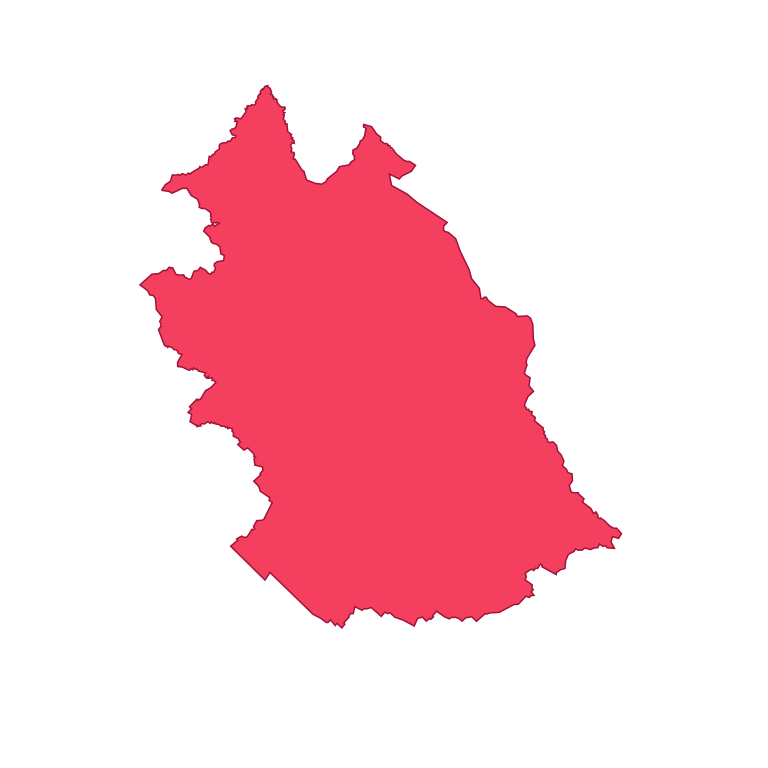 outline of Ban Khai, Rayong, Thailand, rotated 289°
{"feature_id": "78962969B77323566799689", "entity_name": "Ban Khai", "entity_type": "district", "adm_level": 2, "iso_a3": "THA", "parent_name": "Thailand", "parent_adm1": "Rayong", "projection": "natural_earth1", "projection_center": [101.382, 12.833], "detail": "fine", "context": "isolated", "style": "filled", "palette": "rose", "viewbox_px": 768, "rotation_deg": 289, "n_neighbors": 0, "source": "geoboundaries", "source_scale": "gbopen_adm2", "svg_char_len": 6171}
<svg xmlns="http://www.w3.org/2000/svg" viewBox="0 0 768 768"><g transform="rotate(289 384 384)"><path d="M609.7,314.8L609.8,313.0L611.1,312.1L610.7,310.0L611.8,310.0L612.2,307.8L611.4,306.1L613.0,301.5L616.4,300.5L617.9,295.8L623.3,288.5L622.8,280.2L620.4,280.9L620.0,283.7L612.1,284.9L607.4,283.9L606.1,282.4L603.2,282.8L598.0,281.4L595.2,278.5L591.4,279.5L589.8,281.8L586.4,283.0L582.9,280.3L580.0,279.9L575.0,271.1L569.3,269.9L559.9,263.8L556.3,263.1L552.7,260.1L551.3,253.8L551.7,244.3L559.0,239.1L559.6,236.7L567.7,226.9L567.2,224.8L572.6,224.4L573.5,223.5L573.4,220.5L576.6,220.2L579.2,217.9L582.1,218.7L582.3,220.8L584.8,219.6L585.8,217.0L587.0,217.6L587.2,216.1L588.9,214.9L589.7,215.4L591.3,210.8L598.5,207.5L597.7,205.8L600.2,205.2L601.5,202.7L606.1,202.1L606.4,200.9L608.2,201.7L607.9,200.6L609.8,199.4L611.3,201.0L613.2,200.5L613.5,199.3L612.4,198.4L613.2,194.5L616.2,190.6L617.8,190.4L618.6,188.7L617.7,187.8L617.8,186.5L619.5,186.4L619.3,185.1L621.0,184.7L621.2,182.2L623.1,182.8L626.5,180.1L627.2,177.2L628.3,176.9L626.4,174.3L623.1,174.0L623.4,172.9L620.6,171.8L617.6,172.8L617.4,171.8L614.8,171.1L613.2,171.9L609.1,170.6L607.3,171.6L605.0,169.9L605.1,168.0L602.9,166.6L602.9,164.8L601.9,164.0L600.5,165.1L600.0,164.2L599.1,164.5L598.9,163.2L596.6,165.0L588.1,162.3L587.6,157.6L586.0,156.4L585.3,157.5L583.8,157.4L584.3,159.8L579.1,160.4L576.1,159.0L575.8,157.4L573.4,156.0L570.2,159.4L570.5,163.1L568.4,163.0L567.4,160.5L563.4,159.5L562.8,157.3L560.7,156.3L559.6,153.1L557.6,150.9L555.4,150.6L552.9,151.9L548.4,148.8L546.5,149.0L544.9,147.1L542.5,146.6L542.4,144.6L534.1,146.2L533.1,143.8L529.2,141.0L529.6,139.1L528.0,138.9L520.8,132.9L519.4,132.7L519.7,130.3L518.3,129.9L517.0,127.7L517.3,124.8L515.1,123.2L515.0,120.7L513.9,120.1L512.8,115.8L506.2,116.1L501.3,112.4L495.4,110.7L494.8,111.3L496.1,117.7L495.4,121.5L503.3,129.6L504.8,134.0L499.4,140.4L498.0,147.5L494.1,150.8L490.9,151.8L490.6,154.7L491.7,157.6L490.1,163.1L488.7,164.9L486.3,165.2L485.5,166.6L483.4,166.5L480.7,168.2L480.0,169.9L481.4,170.7L481.5,172.8L482.7,174.0L482.2,175.9L478.1,172.4L479.5,170.3L477.0,168.2L476.9,166.7L473.4,164.1L469.8,163.8L466.4,171.0L461.9,174.5L461.2,176.6L461.7,180.2L460.0,184.3L453.9,187.3L453.5,191.3L448.4,192.1L445.4,186.5L442.6,184.5L440.4,185.0L438.4,187.1L434.2,186.5L433.7,184.9L431.6,184.5L431.2,182.4L433.6,178.0L434.5,172.4L430.7,171.1L428.8,167.6L421.5,167.4L419.6,166.3L420.2,161.0L422.0,159.0L420.4,155.5L419.9,151.7L425.0,146.4L424.3,142.7L420.7,141.5L419.5,138.3L415.2,135.3L412.3,128.8L398.3,121.0L395.3,130.1L391.9,133.6L392.6,137.0L390.4,140.1L380.2,144.5L375.3,152.3L370.1,151.5L368.0,153.7L365.6,154.3L362.1,153.0L349.3,163.6L348.4,165.5L349.2,166.7L348.2,167.7L349.6,168.4L349.3,172.4L348.0,174.4L348.6,176.0L347.9,178.1L345.9,179.6L346.2,183.3L337.3,181.8L333.4,183.2L334.3,187.8L333.5,195.5L335.5,196.7L335.1,198.6L337.3,198.7L336.5,201.1L337.3,202.1L335.8,204.3L336.4,211.6L333.7,211.3L332.1,213.6L331.8,214.7L333.8,215.3L332.3,216.1L333.9,219.5L331.4,220.3L331.9,221.8L330.7,224.5L324.3,221.5L319.5,217.4L309.3,215.3L309.3,213.9L307.9,213.4L308.7,211.9L299.1,207.5L297.8,210.1L293.3,208.0L292.6,212.1L285.2,212.9L283.8,219.6L284.3,221.1L282.9,221.1L284.9,224.6L285.7,223.8L287.1,224.4L287.7,227.2L290.9,229.7L290.2,232.4L291.7,233.2L291.1,235.4L292.3,236.5L291.4,237.4L292.0,241.6L291.0,243.5L292.2,247.2L291.2,248.5L292.4,250.0L290.9,250.9L292.0,251.8L292.3,255.1L289.6,255.8L289.4,257.3L285.6,258.5L284.7,264.9L283.2,265.3L282.5,267.3L279.2,265.4L275.9,273.1L279.2,276.0L276.2,282.4L274.5,284.6L273.3,284.4L272.9,286.4L271.1,285.4L265.3,288.3L266.0,296.3L262.9,297.5L258.9,295.9L258.1,296.9L249.7,292.5L246.5,298.8L242.3,302.0L239.3,313.1L236.5,313.2L235.6,316.9L217.2,314.5L215.7,313.5L213.4,308.2L206.6,307.0L205.4,309.0L203.6,307.9L203.8,306.5L194.9,304.4L193.3,301.7L193.9,299.1L191.1,296.4L189.4,295.1L188.6,296.5L180.7,291.8L159.9,335.3L168.7,337.5L143.1,392.0L141.9,400.5L139.7,407.1L140.2,408.6L143.6,410.2L139.7,416.5L142.4,417.4L139.7,423.6L144.2,425.2L145.0,423.7L152.0,426.8L153.8,426.4L156.2,427.4L156.8,429.7L164.0,428.9L162.9,436.8L165.4,438.8L165.5,440.4L168.5,444.8L163.3,457.1L168.4,459.0L168.1,462.1L169.7,464.2L167.0,470.3L167.0,479.1L165.0,491.4L173.3,492.0L176.1,496.3L173.5,501.1L177.1,503.4L176.7,504.9L179.9,506.6L180.5,505.3L186.2,507.7L183.5,517.6L183.2,522.3L185.1,523.4L186.7,527.7L186.6,531.3L185.2,535.1L189.3,537.1L192.5,542.8L189.7,548.7L199.9,554.5L199.9,556.0L202.1,558.8L205.6,567.3L217.8,578.7L219.4,582.7L229.4,587.2L229.6,591.0L231.6,592.0L233.1,594.6L235.4,590.9L238.1,592.1L239.2,590.2L242.3,589.6L244.8,581.2L248.0,581.4L251.0,579.2L255.2,582.2L257.0,583.9L256.4,586.4L259.2,587.3L259.7,589.3L264.6,590.5L264.3,592.7L262.6,592.8L259.9,608.8L261.7,608.4L265.8,611.3L268.5,615.2L276.1,613.3L283.0,613.8L287.7,618.3L290.3,618.7L290.1,621.9L291.6,625.6L294.4,627.3L294.6,633.1L297.3,636.0L298.9,639.5L303.0,639.8L301.7,643.9L303.4,646.3L301.8,648.1L303.6,655.4L308.7,650.0L314.1,649.7L314.4,656.0L319.8,657.3L323.4,650.9L322.4,648.0L323.2,643.6L326.5,637.0L327.8,632.5L326.9,631.9L327.5,629.7L329.4,629.1L332.1,626.0L329.7,624.4L333.6,620.2L336.9,610.2L340.6,610.5L343.2,604.2L344.5,603.0L342.9,598.9L342.9,596.0L348.4,592.3L353.9,593.7L360.3,591.1L360.0,586.8L362.8,584.2L364.8,579.4L369.6,579.2L374.6,574.6L377.1,570.1L382.1,567.1L384.3,562.7L382.7,559.6L382.7,557.5L385.2,556.3L386.1,553.8L387.9,553.4L389.0,551.0L390.9,551.5L392.3,549.2L394.2,549.0L398.2,538.4L401.6,537.9L403.2,533.2L405.9,533.3L405.9,529.7L407.2,529.1L406.3,526.9L407.8,526.2L408.5,524.4L410.8,523.6L419.1,524.2L425.7,527.8L429.6,521.7L437.5,520.1L438.7,514.7L440.1,513.2L448.7,513.0L450.6,511.3L454.9,510.8L469.7,514.1L475.4,510.5L488.7,505.3L493.9,501.2L495.1,497.5L491.3,488.3L493.5,485.6L496.3,473.6L493.8,464.4L496.8,455.4L499.3,452.4L498.8,450.7L496.5,449.2L496.4,447.8L505.5,443.0L512.2,432.4L519.5,427.6L534.5,412.7L544.7,404.5L548.3,395.4L548.0,391.9L549.1,390.1L552.7,389.1L557.3,391.2L566.6,355.5L571.1,344.1L574.2,326.5L584.3,320.7L582.8,331.7L586.6,333.3L594.0,340.6L601.0,342.6L602.8,335.4L602.0,334.0L602.0,330.1L605.5,320.8L609.7,314.8Z" fill="#f43f5e" stroke="#9f1239" stroke-width="1.5"/></g></svg>